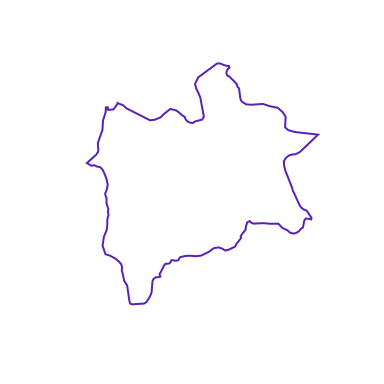 SVG path tracing the border of Taza - Al Hoceima - Taounate, rotated 300°
{"feature_id": "MAR-1447", "entity_name": "Taza - Al Hoceima - Taounate", "entity_type": "Region", "adm_level": 1, "iso_a3": "MAR", "parent_name": "Morocco", "parent_adm1": "", "projection": "equal_earth", "projection_center": [-4.152, 34.39], "detail": "fine", "context": "isolated", "style": "outline", "palette": "violet", "viewbox_px": 384, "rotation_deg": 300, "n_neighbors": 0, "source": "natural_earth", "source_scale": "10m", "svg_char_len": 2479}
<svg xmlns="http://www.w3.org/2000/svg" viewBox="0 0 384 384"><g transform="rotate(300 192 192)"><path d="M164.5,86.5L176.5,90.4L179.3,90.6L181.4,90.0L187.2,86.0L201.0,83.4L209.4,79.2L218.0,77.3L222.2,75.1L223.2,76.7L222.9,77.2L221.6,77.7L221.2,78.2L221.6,79.0L222.3,79.9L223.7,82.1L225.2,82.9L227.3,83.0L230.0,83.3L231.9,83.1L231.9,84.0L232.7,88.8L231.7,93.5L233.1,119.7L236.0,123.7L241.2,127.6L245.1,128.5L253.1,131.7L254.7,137.6L254.3,141.3L253.5,145.1L253.4,148.1L251.7,150.2L250.9,152.5L251.0,155.3L252.0,158.0L254.9,159.6L259.9,164.7L263.2,164.6L277.9,152.0L281.3,147.6L283.6,144.0L287.1,140.6L294.5,140.1L315.9,149.5L317.4,152.2L317.8,155.5L318.3,158.2L319.6,160.9L318.4,162.3L316.8,161.7L314.5,161.5L312.0,162.4L310.5,164.2L310.6,166.8L308.2,175.7L307.9,176.1L307.6,177.2L307.2,177.7L306.1,178.3L305.7,179.2L305.5,180.2L304.8,181.3L297.5,186.8L296.0,188.5L295.2,190.1L295.1,191.5L295.0,195.2L297.3,199.9L303.7,209.3L305.3,216.7L307.8,224.3L306.4,230.9L303.8,235.6L294.5,240.3L293.7,244.3L295.3,250.9L304.7,272.5L280.5,265.4L276.5,262.8L274.6,260.0L272.1,257.7L268.6,256.3L264.7,256.1L260.7,258.7L256.9,262.5L245.3,277.1L243.6,278.5L242.4,280.5L234.6,291.4L233.2,294.1L232.7,297.3L233.2,300.7L229.3,308.5L227.9,308.9L227.3,306.8L225.8,303.7L223.5,303.5L216.9,305.8L214.0,304.6L211.4,304.2L209.0,302.9L206.9,301.0L205.8,297.5L206.5,293.7L206.1,288.1L207.7,282.7L203.4,275.2L200.7,269.4L195.4,261.1L195.0,258.4L195.6,256.5L193.5,255.1L189.7,255.7L186.1,257.3L180.8,256.4L178.0,256.3L176.5,257.5L169.1,256.4L166.2,256.6L160.2,252.5L157.9,250.0L158.1,246.8L157.3,242.7L154.2,238.9L148.4,236.4L141.7,231.9L138.6,227.9L135.6,221.8L133.1,218.0L129.4,214.2L126.1,214.3L124.7,212.8L124.3,212.1L123.6,210.4L123.6,210.0L122.5,208.3L122.1,208.4L120.1,208.5L119.2,208.3L118.0,207.2L117.2,205.9L116.3,204.8L114.6,204.6L106.3,205.0L105.4,204.8L104.7,204.9L102.9,206.9L101.9,206.1L100.0,203.3L98.0,202.3L96.0,202.2L94.1,202.8L85.1,207.1L81.4,207.8L75.2,207.7L73.2,207.3L71.4,206.3L66.5,198.8L65.5,197.7L64.9,196.4L64.4,194.3L66.5,192.1L78.6,182.6L81.3,177.5L86.7,172.8L88.7,170.5L91.9,169.1L94.0,166.9L95.2,163.6L96.0,159.5L95.9,152.6L94.8,148.2L100.8,141.4L109.1,138.1L116.6,137.1L121.7,134.8L125.6,132.5L130.7,131.0L133.2,128.8L135.3,128.2L139.4,123.7L144.0,121.0L145.5,119.0L147.4,117.5L149.4,117.3L152.5,116.7L156.1,115.4L160.0,112.0L163.5,107.9L166.5,103.7L167.6,100.0L166.5,96.9L166.3,93.6L164.5,92.1L164.5,87.3L164.5,86.5Z" fill="none" stroke="#5b21b6" stroke-width="2"/></g></svg>